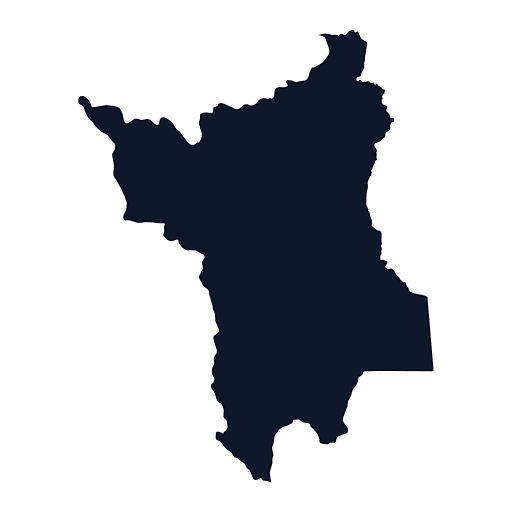 Roraima, Robinson projection
{"feature_id": "BRA-670", "entity_name": "Roraima", "entity_type": "State", "adm_level": 1, "iso_a3": "BRA", "parent_name": "Brazil", "parent_adm1": "", "projection": "robinson", "projection_center": [-61.438, 1.924], "detail": "fine", "context": "isolated", "style": "filled", "palette": "ink", "viewbox_px": 512, "rotation_deg": 0, "n_neighbors": 0, "source": "natural_earth", "source_scale": "10m", "svg_char_len": 5994}
<svg xmlns="http://www.w3.org/2000/svg" viewBox="0 0 512 512"><path d="M352.7,30.7L353.5,31.0L354.0,32.6L354.9,33.4L357.6,32.3L360.0,38.1L360.9,39.2L366.4,42.9L366.5,44.9L365.5,48.9L365.4,51.5L364.3,56.0L364.2,60.0L363.4,63.0L363.5,67.2L362.6,69.5L360.9,72.3L360.2,75.2L359.1,76.0L357.4,76.1L355.8,78.0L355.6,79.3L355.9,80.6L356.6,81.5L358.2,82.3L359.1,82.0L359.6,80.7L360.2,80.7L361.2,81.6L361.5,82.8L362.1,83.0L364.2,82.5L366.3,83.2L366.9,82.2L368.2,82.0L369.3,82.5L370.5,84.2L373.0,83.5L373.1,84.6L373.6,85.1L375.8,85.5L376.7,84.7L377.5,85.9L381.0,88.1L382.5,89.9L384.1,90.4L383.6,93.2L381.6,95.5L381.0,96.8L381.8,98.3L381.0,99.9L381.0,102.5L381.7,104.2L382.7,105.0L385.2,106.0L386.5,107.1L386.3,108.0L385.6,109.2L385.5,110.7L386.0,111.8L388.0,113.9L389.5,116.4L389.4,118.1L393.0,119.0L393.5,120.2L393.1,121.0L391.4,121.6L390.3,122.9L389.1,125.8L389.5,128.5L389.3,129.4L388.1,130.5L385.7,131.7L385.0,132.6L384.5,134.2L384.5,136.2L384.1,137.0L382.2,138.1L380.0,140.5L375.1,142.5L373.6,144.3L373.6,146.3L375.6,149.2L376.1,150.9L374.9,154.8L375.9,154.4L375.7,157.7L376.1,159.5L374.8,160.0L374.2,162.3L372.4,165.8L371.5,168.9L370.4,170.4L370.4,171.3L371.2,172.8L370.1,173.4L370.7,175.0L369.5,176.1L367.3,180.6L367.0,182.3L367.1,187.6L365.8,193.1L365.5,204.1L365.7,205.4L367.5,209.6L367.2,211.0L368.3,211.6L369.0,213.0L369.3,215.6L371.0,220.0L371.3,223.6L370.6,225.4L371.2,226.7L374.7,229.0L377.3,231.2L379.6,231.5L380.8,233.1L380.7,240.6L381.2,243.3L380.2,245.8L381.1,248.9L380.6,251.1L380.7,253.5L379.5,256.3L379.6,258.8L379.8,260.2L380.4,260.9L383.0,260.5L385.2,261.5L386.5,261.7L386.6,262.5L384.4,266.7L384.5,267.3L385.8,268.8L386.9,269.7L388.8,269.8L390.9,269.3L392.2,269.7L393.4,270.9L395.1,274.0L396.1,275.4L398.5,277.8L400.2,280.9L401.5,281.3L402.4,283.0L403.1,283.2L404.9,282.9L405.5,284.0L405.9,286.4L407.5,287.8L408.8,291.1L409.5,292.2L414.4,294.2L424.3,296.2L426.7,297.3L432.8,370.5L379.2,370.2L364.1,370.6L362.6,371.4L362.2,373.2L361.5,374.5L358.5,376.5L357.6,377.6L357.5,380.4L355.4,385.3L353.0,388.0L352.2,389.3L351.2,392.2L350.4,395.7L347.2,400.9L346.6,406.3L342.6,416.9L342.1,419.6L342.1,420.7L343.2,423.2L346.9,428.1L347.4,430.3L346.8,432.1L345.3,433.1L343.2,433.6L337.1,436.0L335.6,438.9L335.2,441.1L334.3,441.9L329.8,441.9L327.4,443.6L321.7,442.9L320.5,442.2L320.2,441.3L320.3,439.1L319.4,437.6L319.1,436.1L317.6,432.8L314.0,428.7L311.3,426.3L310.1,423.1L308.6,422.4L305.5,422.2L302.4,421.3L300.4,419.4L299.0,418.7L293.1,419.0L292.7,419.4L291.8,422.2L290.9,423.1L285.7,425.4L282.9,426.1L278.2,429.1L276.8,432.0L274.3,434.8L273.6,437.6L273.2,441.7L271.4,447.0L271.5,449.4L272.7,455.4L271.6,458.7L271.7,462.7L269.0,472.3L270.2,481.3L267.9,480.3L263.6,479.8L261.7,477.9L260.7,477.3L256.9,479.0L255.2,479.2L254.2,478.7L253.7,478.0L250.2,469.6L247.5,467.6L244.8,462.8L241.7,460.8L238.1,457.6L234.7,456.6L232.0,451.9L227.6,449.3L223.6,444.7L221.5,441.5L220.5,440.7L217.1,439.3L216.4,437.8L216.6,433.3L217.0,432.5L218.1,432.4L220.6,433.2L222.2,434.1L223.4,434.2L224.0,433.9L224.9,432.2L226.7,430.6L227.9,428.9L228.4,426.8L227.5,420.8L226.8,419.5L224.8,417.8L224.2,416.5L224.5,410.4L223.7,406.6L221.7,403.1L219.2,401.8L218.0,400.7L217.0,398.5L215.6,392.9L212.6,388.9L211.6,386.4L211.7,385.3L212.1,384.6L213.2,384.0L214.1,382.8L215.2,379.3L214.8,377.6L212.7,373.9L212.7,369.1L214.9,364.0L215.0,362.4L214.4,358.9L214.6,357.5L217.0,354.3L217.8,350.7L214.4,340.1L214.1,337.7L214.6,336.3L217.7,334.1L219.9,331.5L219.2,328.2L216.1,320.9L215.8,314.4L215.5,312.8L213.6,308.6L213.3,305.8L209.9,293.9L209.9,291.3L209.4,290.3L208.0,288.6L205.0,286.5L203.6,284.9L199.7,277.6L199.5,276.7L201.2,273.9L201.7,271.6L204.0,269.3L202.8,262.9L203.2,261.4L205.3,257.6L205.4,256.8L204.9,255.2L203.8,253.9L201.1,252.7L196.0,249.6L193.2,249.7L190.4,249.2L187.7,249.7L185.2,248.8L182.8,246.9L179.7,243.2L179.2,241.5L179.2,240.1L178.9,239.4L178.2,238.9L175.9,239.0L172.6,240.2L171.3,240.4L168.9,239.8L167.1,238.7L164.0,235.0L165.0,232.0L164.8,227.4L165.5,224.0L165.3,223.1L164.1,222.6L156.6,222.3L152.9,221.6L145.1,221.4L141.4,222.0L137.5,222.0L130.4,219.8L126.9,219.4L125.6,219.7L124.7,219.1L124.1,218.0L124.1,216.5L124.5,214.9L126.8,210.2L127.7,202.7L126.8,200.8L125.8,197.1L121.2,187.1L119.4,184.4L117.2,180.0L115.3,177.5L114.3,175.2L114.1,172.4L114.7,166.6L114.5,163.8L112.9,155.3L113.1,153.7L115.4,150.0L115.8,148.8L115.9,145.1L115.5,143.4L111.8,139.6L108.3,134.7L101.7,131.1L96.0,126.0L93.4,121.9L89.3,117.9L88.2,116.3L85.5,110.5L84.3,106.6L83.5,105.5L79.9,103.4L79.2,101.9L79.2,99.1L79.7,97.8L80.5,97.0L83.2,96.7L86.0,98.3L88.3,100.8L89.7,103.2L90.6,106.2L91.4,107.6L92.5,108.1L105.9,105.9L113.3,106.6L117.3,107.8L118.9,108.7L120.1,110.2L121.9,114.5L122.9,119.3L123.8,122.1L125.3,124.0L127.8,124.2L135.0,119.5L137.6,119.5L141.2,120.9L147.1,119.7L150.0,120.5L154.1,124.5L156.7,125.9L159.2,125.1L160.0,122.8L160.4,120.2L161.7,118.3L163.8,118.0L166.1,118.9L170.0,121.5L172.1,123.8L175.5,129.1L179.3,132.2L187.2,143.1L189.9,145.1L191.1,145.5L193.6,145.7L194.6,145.4L197.6,143.2L199.1,143.3L199.7,142.8L201.9,139.0L202.5,136.3L202.5,133.5L201.9,130.7L200.9,128.1L200.7,126.4L199.8,124.7L199.6,122.9L200.9,118.5L200.7,115.8L200.9,114.7L203.2,113.5L206.6,113.2L211.5,114.1L213.1,113.6L213.9,110.9L214.0,108.4L214.6,107.7L217.7,106.7L218.6,105.9L219.0,104.3L221.1,103.8L223.7,104.4L235.0,109.7L237.4,110.0L239.9,109.1L244.4,105.3L247.1,104.9L250.6,106.3L253.2,106.0L256.6,104.2L259.6,100.4L261.0,99.5L263.2,99.0L265.5,99.1L267.9,99.8L270.3,99.0L272.2,99.4L273.1,98.9L274.2,97.7L274.9,96.1L275.3,90.9L276.1,89.0L278.7,87.9L283.3,88.0L286.2,87.6L287.6,86.9L288.5,85.9L288.4,84.5L286.8,81.8L287.2,81.0L288.3,80.8L291.8,81.4L295.9,83.1L300.3,81.9L305.3,81.2L307.3,80.1L309.1,77.5L310.1,73.2L312.2,68.4L314.3,68.1L320.0,65.2L322.7,63.3L325.0,61.0L329.0,55.4L330.2,52.1L329.8,48.9L325.9,37.3L324.7,36.0L321.4,35.1L324.1,34.4L328.9,34.6L331.6,35.9L335.8,35.5L337.0,35.8L338.3,37.0L338.7,37.0L340.4,34.8L341.7,34.7L344.3,35.7L345.6,35.7L349.1,32.1L352.7,30.7Z" fill="#0f172a" stroke="#020617" stroke-width="1.5"/></svg>